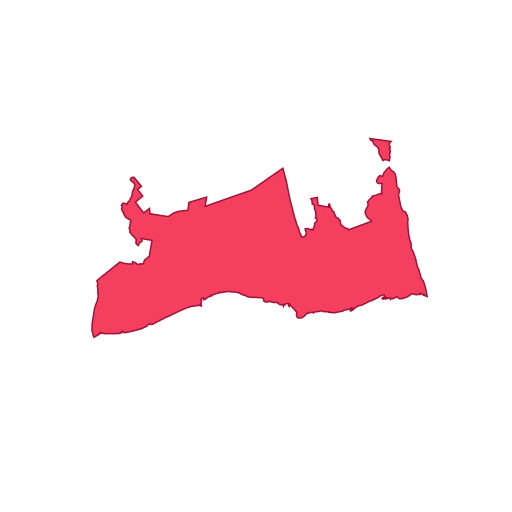 outline of Batu Bara, Sumatera Utara, Indonesia, rotated 141°
{"feature_id": "22746128B96384374000902", "entity_name": "Batu Bara", "entity_type": "district", "adm_level": 2, "iso_a3": "IDN", "parent_name": "Indonesia", "parent_adm1": "Sumatera Utara", "projection": "albers", "projection_center": [99.513, 3.23], "detail": "fine", "context": "isolated", "style": "filled", "palette": "rose", "viewbox_px": 512, "rotation_deg": 141, "n_neighbors": 0, "source": "geoboundaries", "source_scale": "gbopen_adm2", "svg_char_len": 6139}
<svg xmlns="http://www.w3.org/2000/svg" viewBox="0 0 512 512"><g transform="rotate(141 256 256)"><path d="M433.1,294.9L431.2,294.4L428.0,294.2L427.7,293.9L427.3,294.2L426.9,293.8L426.4,294.2L426.1,294.0L425.5,294.5L424.6,294.3L424.8,293.5L424.3,292.7L423.3,292.2L423.0,291.4L421.0,289.5L420.1,289.1L418.0,287.2L417.6,287.2L416.0,285.5L410.6,281.6L409.5,281.6L409.2,281.2L409.1,281.6L408.1,281.8L407.6,281.3L406.8,281.4L406.8,280.7L407.2,280.4L407.1,279.7L405.3,278.4L398.6,275.0L394.1,273.0L393.6,273.0L391.1,271.7L384.9,270.1L383.0,270.6L381.8,270.2L381.2,270.5L380.8,269.0L379.4,268.1L364.9,265.1L362.1,264.2L350.4,261.5L342.6,259.3L337.7,257.4L330.8,253.1L329.3,253.5L329.6,252.8L330.1,252.2L330.1,250.8L329.5,252.4L328.3,254.0L327.1,254.9L327.1,255.3L326.7,256.0L325.4,257.1L324.6,257.3L323.8,257.1L323.3,256.7L323.5,255.9L324.4,255.1L322.6,254.2L321.1,254.3L318.1,254.0L317.0,253.8L317.0,253.4L316.3,253.2L315.7,253.3L315.5,253.1L315.3,253.7L313.8,252.8L311.3,252.0L308.2,250.7L307.0,251.0L307.1,250.3L304.9,248.6L303.6,248.5L303.3,247.9L302.6,247.8L302.3,247.2L300.7,246.5L300.2,246.0L299.5,245.8L297.5,243.3L294.6,240.9L291.9,237.1L291.3,235.2L290.4,233.7L289.6,232.5L289.1,232.3L288.7,230.4L285.7,226.8L281.9,223.8L280.7,222.4L278.4,220.5L278.1,219.9L277.2,219.5L277.3,217.4L278.3,216.1L278.0,214.9L276.0,212.9L273.3,211.8L273.2,210.8L272.7,210.7L272.1,209.5L270.8,208.0L270.1,207.8L269.1,206.7L268.5,205.9L268.7,205.4L268.2,203.6L267.1,202.1L265.6,201.4L265.5,200.7L266.2,200.2L266.3,199.7L265.1,200.7L264.7,200.6L264.4,199.8L263.0,200.3L260.9,198.9L260.3,198.3L260.1,196.9L261.6,197.6L262.0,196.3L262.0,196.0L261.5,196.4L260.7,196.5L260.3,195.6L259.7,189.7L259.8,187.0L260.1,186.0L261.6,185.0L262.6,182.5L262.6,181.8L261.4,180.6L259.3,179.2L256.5,178.9L252.7,179.3L251.8,179.1L251.3,178.5L249.3,177.9L247.2,176.3L247.2,175.6L246.5,175.8L245.9,175.7L241.8,173.2L240.1,172.6L238.3,170.1L237.2,169.0L234.9,167.5L234.8,167.0L235.1,166.7L233.2,165.2L233.4,164.9L230.8,162.6L223.4,158.6L221.1,158.3L220.2,157.5L217.4,156.3L216.4,155.3L215.9,155.3L214.6,155.9L214.2,155.4L214.5,154.7L213.9,154.5L213.6,153.9L213.8,153.6L214.9,153.5L217.0,154.1L217.2,153.9L216.9,153.6L215.6,153.2L211.4,153.3L208.3,152.9L207.0,152.5L205.5,151.5L199.3,150.0L197.9,149.7L197.4,149.9L193.4,148.2L192.9,148.4L191.5,147.9L187.3,146.9L185.1,146.9L181.5,145.7L180.9,145.1L181.6,143.1L181.0,142.0L181.5,142.1L182.6,143.5L183.5,144.0L184.6,143.8L184.8,142.8L183.4,142.3L182.3,141.0L178.3,139.4L178.8,137.7L177.9,138.0L176.5,136.6L172.4,135.7L171.9,135.0L171.7,133.4L171.4,132.6L169.5,131.0L164.4,129.1L161.7,128.7L159.4,128.7L158.0,128.1L156.7,126.0L155.4,124.7L153.3,123.5L152.6,123.5L152.5,122.8L151.6,123.3L150.6,121.7L150.4,120.8L149.9,120.4L150.5,120.2L150.1,119.5L148.5,116.8L145.4,122.4L142.7,128.3L141.6,131.6L141.8,133.5L141.3,135.7L139.9,138.3L139.1,140.6L137.8,143.5L137.4,145.9L133.5,153.8L130.8,161.5L130.7,163.8L128.9,166.6L127.6,167.9L126.6,171.1L124.4,175.6L120.2,182.2L116.1,187.6L114.6,188.9L113.9,190.6L112.9,192.3L112.7,194.0L112.1,195.7L112.1,196.3L113.3,197.9L113.4,198.6L112.6,202.9L106.9,213.5L106.2,214.3L103.7,216.0L103.1,216.7L102.7,218.0L103.0,220.4L102.8,221.3L98.0,228.5L96.4,231.8L96.1,232.9L96.1,234.2L97.0,238.1L96.6,241.2L100.4,241.0L101.6,240.6L103.9,240.3L107.5,238.3L108.1,238.6L108.7,240.2L109.2,240.5L110.6,240.5L113.5,239.5L115.1,238.5L115.6,237.0L115.6,236.3L115.1,235.1L112.8,233.5L112.5,232.5L114.4,231.2L115.9,229.0L117.7,227.5L118.8,225.3L120.8,226.7L124.5,227.6L127.0,229.1L129.0,229.1L130.6,228.4L133.0,228.4L135.2,227.8L135.6,227.3L136.1,225.9L137.6,224.5L142.2,222.5L143.1,221.8L144.0,220.8L144.5,219.6L145.2,216.5L145.1,215.0L144.2,211.3L144.4,210.3L167.6,218.1L167.4,219.3L167.7,220.0L168.9,221.1L170.3,226.9L168.3,230.7L168.3,233.4L169.6,236.4L168.9,237.1L168.3,240.2L167.6,241.3L168.3,243.5L167.7,244.4L167.6,245.0L167.6,247.1L166.1,250.1L167.0,250.4L168.7,248.1L175.8,256.4L171.5,262.9L177.3,266.0L177.5,263.9L178.2,263.2L178.5,262.3L179.5,261.3L179.5,260.6L178.7,258.8L180.9,255.8L181.3,254.6L181.6,252.7L182.7,252.0L183.0,251.2L184.7,248.7L185.9,248.4L186.0,247.8L185.4,246.7L185.4,246.2L186.0,245.5L187.6,244.5L188.5,244.7L190.3,244.3L191.0,243.2L193.6,241.4L195.4,240.5L195.7,241.8L196.7,241.8L197.3,242.1L197.8,243.5L199.0,245.3L200.7,246.2L201.5,244.9L202.0,242.7L203.4,241.4L205.2,240.6L208.0,241.2L208.1,241.5L208.5,241.7L206.9,248.0L205.7,250.0L204.6,254.6L203.3,257.4L202.3,260.3L194.1,278.4L185.6,294.6L179.9,307.3L218.1,310.1L264.3,326.6L257.3,332.8L274.4,339.9L280.1,334.4L287.8,339.3L291.7,340.9L293.0,341.3L299.3,341.8L310.4,353.9L310.3,354.2L311.9,355.3L308.9,360.0L316.2,360.2L315.8,373.8L306.3,373.8L306.1,382.2L301.2,382.3L301.3,394.0L302.5,394.9L304.1,395.2L305.1,394.8L305.7,394.1L305.0,389.0L305.3,387.8L306.6,386.5L308.1,385.5L311.8,383.5L314.5,380.9L318.6,379.1L319.2,378.6L321.5,378.5L323.7,377.3L324.7,379.3L326.1,380.8L327.5,380.5L328.8,379.9L328.5,379.5L329.2,378.1L330.5,377.6L330.7,376.9L331.3,376.2L331.4,374.5L331.8,374.2L331.6,373.1L332.5,371.4L332.6,369.5L333.0,368.2L332.1,366.4L332.2,366.1L332.0,365.9L332.0,365.2L330.7,362.7L331.8,361.4L332.9,361.1L333.2,360.2L333.8,360.0L334.2,359.4L336.0,358.1L337.1,357.5L337.9,355.1L339.2,353.6L339.0,350.7L339.3,349.9L338.8,348.8L338.7,344.3L339.3,343.3L340.0,343.1L340.3,342.3L340.9,341.7L341.3,341.7L341.3,340.3L341.2,339.2L340.7,338.1L339.3,339.2L338.5,339.4L335.5,339.2L334.8,339.8L334.1,341.7L327.0,333.6L339.1,323.0L344.5,323.0L346.6,322.3L348.3,320.8L349.6,321.8L350.5,322.0L350.8,322.8L351.8,323.0L353.1,323.8L353.5,324.4L353.7,326.0L354.2,327.3L355.4,329.2L357.1,327.7L358.7,328.9L361.1,331.0L364.0,334.5L365.6,337.0L395.1,337.0L396.8,333.4L397.9,333.0L399.7,329.9L402.8,326.0L403.6,324.2L407.6,321.1L414.1,317.2L426.3,306.2L430.3,301.4L432.4,297.0L433.1,294.9ZM78.9,260.0L91.7,273.6L93.5,275.5L93.9,273.2L92.8,272.1L93.8,269.7L93.9,267.9L93.1,264.7L93.1,263.5L93.8,261.0L95.7,258.6L97.3,250.3L96.1,250.2L94.2,248.9L92.5,246.1L89.3,248.9L88.2,251.1L85.9,252.4L85.3,253.6L85.1,255.3L83.8,255.4L83.8,256.1L83.6,256.1L82.8,256.9L82.5,258.9L80.7,259.9L78.9,260.0Z" fill="#f43f5e" stroke="#9f1239" stroke-width="1.5"/></g></svg>